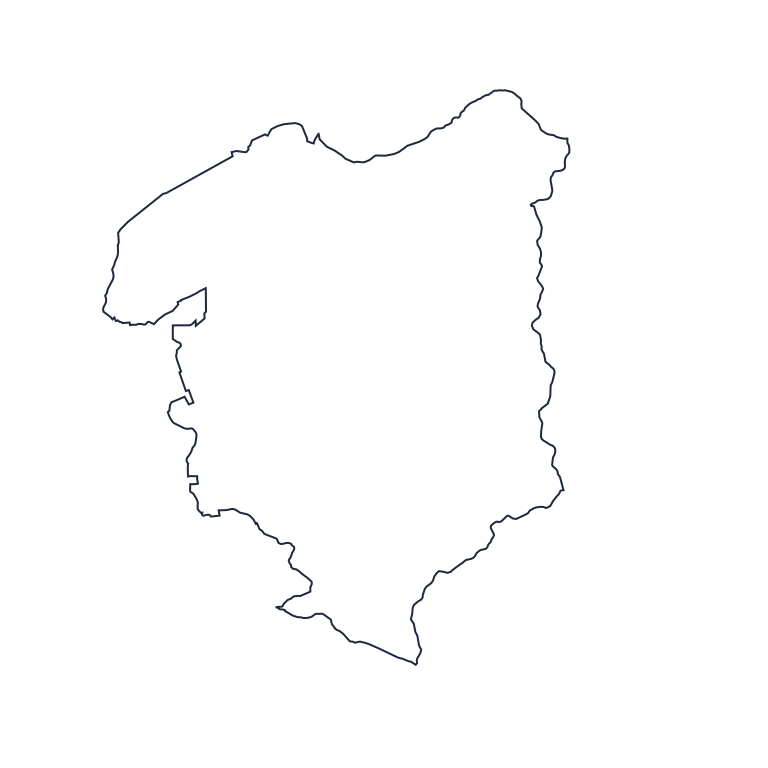 Borod, Bihor, Romania (Mercator projection), rotated 73°
{"feature_id": "2599482B12708100552042", "entity_name": "Borod", "entity_type": "district", "adm_level": 2, "iso_a3": "ROU", "parent_name": "Romania", "parent_adm1": "Bihor", "projection": "mercator", "projection_center": [22.631, 47.019], "detail": "fine", "context": "isolated", "style": "outline", "palette": "slate", "viewbox_px": 768, "rotation_deg": 73, "n_neighbors": 0, "source": "geoboundaries", "source_scale": "gbopen_adm2", "svg_char_len": 6153}
<svg xmlns="http://www.w3.org/2000/svg" viewBox="0 0 768 768"><g transform="rotate(73 384 384)"><path d="M218.1,624.8L221.7,624.9L224.9,626.2L228.7,629.9L230.5,630.8L232.9,631.1L240.5,625.6L242.8,624.8L241.6,622.4L245.4,622.1L245.3,619.9L247.1,618.9L248.0,617.2L249.3,616.2L250.9,609.3L253.5,609.6L253.7,607.6L254.9,603.7L254.8,601.0L256.1,597.6L257.0,596.2L257.3,594.7L255.6,591.9L255.9,590.5L259.5,586.5L256.4,581.1L253.5,573.1L252.3,564.6L247.8,557.5L245.3,557.4L244.9,553.3L244.3,553.2L243.7,544.8L242.4,537.1L241.2,532.6L240.2,526.4L262.7,533.0L264.0,535.2L268.9,536.4L273.3,546.9L268.3,545.6L270.8,550.3L271.0,552.8L266.2,568.8L279.1,572.8L283.6,569.3L284.6,567.6L286.1,566.9L288.2,567.0L291.2,572.2L293.7,573.1L296.2,574.6L300.5,574.9L312.8,574.4L313.1,576.3L332.8,575.5L332.7,572.5L346.1,571.7L346.5,576.6L337.9,578.4L339.4,592.8L341.8,594.9L347.0,597.2L347.6,598.9L350.8,598.9L354.9,598.3L358.8,597.1L360.3,596.0L367.8,588.1L369.3,585.6L370.2,581.0L371.0,579.9L374.8,578.3L376.6,578.0L379.2,578.6L385.5,581.7L387.1,582.9L389.0,585.7L392.2,588.0L394.5,590.3L397.0,593.9L399.1,595.1L400.4,595.3L402.8,594.6L405.9,595.9L415.1,598.5L415.5,596.1L417.6,589.6L420.0,590.4L424.9,591.1L424.6,593.5L423.2,598.6L429.6,600.7L430.4,600.7L432.6,598.8L433.9,598.2L440.0,596.7L442.8,596.7L448.8,598.8L451.1,598.1L453.8,596.6L453.9,595.4L455.8,596.2L457.2,595.3L457.3,591.6L457.7,589.9L458.3,589.0L459.9,588.5L460.6,586.2L461.8,579.7L456.5,579.1L458.5,571.6L459.1,565.5L460.5,563.1L465.1,559.1L468.5,553.1L470.8,550.8L475.2,548.5L480.4,547.4L479.9,546.2L486.3,545.5L489.1,543.4L492.4,542.2L500.6,531.8L505.2,531.3L507.1,529.1L507.6,522.9L508.7,520.8L509.5,519.7L511.5,519.1L513.4,517.7L515.2,517.9L517.5,519.8L518.6,521.3L521.1,522.9L523.3,524.9L523.9,525.9L525.0,526.7L526.0,526.8L528.1,526.6L529.7,525.9L531.8,526.3L534.0,525.1L535.5,522.3L538.5,519.7L541.5,518.0L547.0,513.9L552.0,511.0L554.1,511.5L557.3,514.1L561.0,515.1L562.3,526.4L561.4,528.3L560.7,532.4L562.2,536.2L562.2,537.9L562.6,540.0L563.5,541.2L564.2,543.2L567.1,546.4L565.7,552.7L567.6,550.4L568.9,549.6L570.4,546.0L571.4,544.8L572.4,545.0L573.2,544.0L578.7,539.1L581.5,535.1L583.1,531.1L584.1,529.8L585.2,526.1L585.5,523.0L585.3,520.9L584.0,517.2L584.0,516.1L585.6,510.3L586.4,509.3L593.7,503.8L598.7,504.0L602.5,502.4L603.2,502.7L606.2,500.2L607.2,498.7L610.9,496.1L620.1,491.9L621.4,489.0L622.9,487.4L623.3,482.4L626.4,477.1L628.8,473.9L634.8,466.9L649.2,451.2L651.3,448.3L651.9,446.9L656.1,441.8L657.5,439.3L661.8,435.8L660.6,434.0L658.2,433.6L656.4,432.6L651.9,427.9L648.6,426.0L646.4,426.7L643.9,426.9L634.5,425.7L630.2,426.5L622.1,425.6L616.8,427.1L612.8,424.6L606.3,421.9L603.9,419.8L601.9,415.0L601.0,411.5L600.2,410.3L599.0,409.3L597.0,408.5L591.8,404.8L590.1,402.5L588.4,397.4L587.6,396.2L586.5,394.8L582.5,391.9L580.4,389.1L579.0,386.3L581.1,381.7L583.2,378.5L583.1,374.8L582.1,373.3L578.9,364.4L578.0,361.1L576.9,358.8L576.3,356.8L576.7,351.5L576.2,349.1L575.1,347.3L572.8,344.9L571.4,341.7L571.0,340.1L571.4,335.0L570.4,333.0L568.5,331.6L567.3,330.1L566.4,328.3L564.5,327.0L562.2,324.2L560.8,323.1L559.3,322.9L553.1,324.0L551.7,323.6L550.4,322.5L548.8,318.4L548.6,316.3L549.7,314.4L549.6,311.9L546.1,304.8L546.3,303.5L550.3,300.1L551.7,297.0L550.0,285.2L549.5,283.9L547.6,281.5L546.6,276.8L546.5,275.2L547.0,271.0L548.2,267.4L549.9,265.4L550.0,264.2L549.3,260.8L545.2,256.3L541.9,251.6L540.5,249.0L537.6,246.3L538.0,243.4L524.4,242.9L521.1,244.0L518.3,243.7L516.2,244.1L511.9,246.7L510.5,246.9L503.7,243.9L501.9,242.0L499.2,240.2L497.4,239.5L495.6,239.4L494.0,239.7L492.3,240.8L490.7,242.8L484.5,248.2L482.5,249.3L479.7,249.2L475.1,247.5L468.0,244.1L466.1,244.1L461.6,245.1L456.2,244.0L455.1,243.4L454.4,241.6L453.5,240.6L450.7,233.2L444.4,228.6L434.0,225.0L431.4,222.5L423.7,217.9L421.7,217.2L419.0,217.5L416.5,219.2L414.1,220.2L410.0,223.1L402.0,222.2L397.1,223.3L394.2,222.2L391.1,222.2L387.7,221.0L382.7,220.4L380.8,221.2L375.6,225.1L371.5,225.6L368.7,223.9L367.2,220.8L365.8,216.7L363.1,213.9L359.5,213.4L354.9,214.5L352.7,213.6L347.9,209.8L344.3,208.2L342.2,206.0L339.6,204.0L337.1,204.2L330.6,206.6L327.5,206.7L325.5,204.6L318.0,198.7L317.2,198.4L315.4,198.7L314.0,199.4L313.0,199.4L310.2,198.3L307.5,196.5L304.3,195.4L300.5,195.2L295.8,196.4L292.2,195.8L291.6,195.5L289.4,192.0L288.1,190.9L281.8,187.8L280.1,187.3L274.0,187.5L266.9,188.7L258.3,188.6L257.3,189.4L257.1,190.8L256.7,191.1L255.4,191.3L254.8,189.2L254.7,186.4L253.7,183.9L253.5,182.3L254.0,179.5L254.5,178.2L255.0,173.4L254.6,172.1L253.3,169.7L249.0,166.8L247.7,166.3L238.0,165.2L235.1,164.0L233.6,161.8L231.3,160.0L230.9,158.9L230.7,157.9L231.7,152.7L231.3,149.4L230.7,148.5L229.0,147.3L224.7,146.3L221.8,145.0L219.6,143.1L217.1,139.3L213.9,138.1L209.9,137.5L206.9,138.1L202.9,136.9L202.0,140.2L200.2,143.7L197.7,147.3L195.7,148.8L193.5,153.6L191.6,155.9L187.9,158.9L186.3,159.7L180.6,160.1L176.2,162.3L160.7,171.7L156.5,170.9L153.7,169.7L150.6,170.1L148.2,172.0L144.3,174.4L142.2,176.2L138.6,182.1L137.8,185.6L137.2,186.5L136.6,189.1L136.5,190.7L135.8,192.2L135.8,193.1L138.0,199.5L137.6,202.1L138.4,206.2L139.3,208.2L139.3,211.3L140.1,213.6L140.4,217.0L141.1,220.4L143.6,225.6L145.8,227.6L146.6,230.1L147.5,231.6L149.6,232.6L151.0,234.7L150.9,235.6L150.1,237.1L149.9,238.7L150.5,240.6L151.9,242.0L154.0,243.2L154.7,246.5L154.8,249.7L156.3,251.9L156.2,254.8L155.0,259.2L156.2,265.0L160.7,270.5L161.7,273.9L162.7,279.7L163.0,291.9L166.5,301.9L167.0,307.3L166.1,315.9L163.1,324.9L163.2,326.1L165.6,332.3L166.1,337.3L165.9,339.2L163.6,344.8L163.3,348.0L157.4,354.9L152.7,357.7L146.3,363.0L140.2,369.4L131.2,374.0L125.8,373.4L126.0,374.1L130.4,378.9L133.4,380.9L131.8,383.5L129.4,386.4L126.5,385.8L113.3,387.0L110.6,389.2L108.6,392.5L106.9,400.5L106.3,404.3L106.2,410.0L107.3,416.9L109.2,419.3L112.5,422.5L111.8,423.8L110.5,424.8L112.5,439.1L116.8,442.4L117.6,444.5L120.1,445.0L121.9,447.7L121.6,449.4L118.0,457.1L117.7,462.0L122.0,462.2L137.7,536.1L137.6,539.8L154.2,581.8L159.3,591.1L161.8,594.1L170.7,596.1L173.8,598.1L180.5,599.9L183.7,601.4L189.2,606.0L191.1,607.0L195.0,610.5L199.6,610.6L202.5,611.3L204.7,612.7L212.7,620.6L215.6,622.2L218.1,624.8Z" fill="none" stroke="#1e293b" stroke-width="2"/></g></svg>